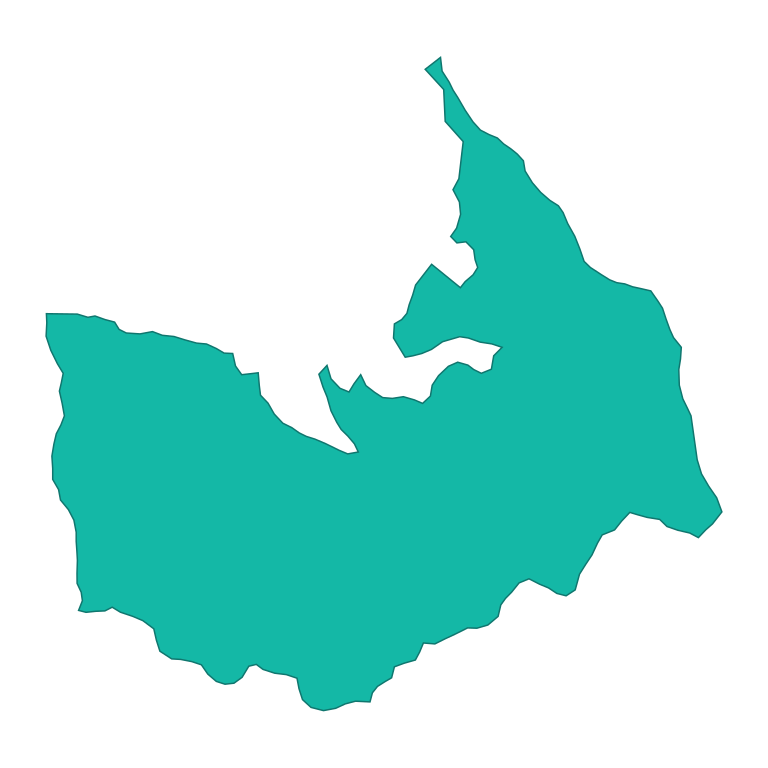 outline of Presidente Getúlio, Santa Catarina, Brazil
{"feature_id": "56859067B44549542667052", "entity_name": "Presidente Getúlio", "entity_type": "district", "adm_level": 2, "iso_a3": "BRA", "parent_name": "Brazil", "parent_adm1": "Santa Catarina", "projection": "robinson", "projection_center": [-49.714, -27.036], "detail": "fine", "context": "isolated", "style": "filled", "palette": "teal", "viewbox_px": 768, "rotation_deg": 0, "n_neighbors": 0, "source": "geoboundaries", "source_scale": "gbopen_adm2", "svg_char_len": 3186}
<svg xmlns="http://www.w3.org/2000/svg" viewBox="0 0 768 768"><path d="M50.8,350.3L57.4,363.7L63.2,373.3L61.3,382.9L59.4,391.1L62.1,403.1L64.4,415.9L60.9,425.0L56.3,433.8L53.9,444.1L51.9,456.1L52.7,468.6L52.7,479.4L58.6,489.6L60.5,500.0L68.4,509.6L73.9,520.1L76.2,532.2L76.2,541.3L76.9,551.3L77.4,560.4L77.0,573.3L77.1,583.4L81.2,592.2L82.4,600.7L78.6,610.4L86.0,612.3L95.7,611.3L104.9,610.9L112.2,607.2L120.4,612.2L132.6,616.3L142.8,620.6L153.8,628.8L156.4,640.2L159.9,651.2L171.7,658.9L180.6,659.4L191.8,661.6L201.4,664.8L207.8,674.1L216.3,681.4L225.0,684.2L234.0,683.2L242.1,677.3L248.8,666.2L256.3,664.4L263.0,669.4L274.7,673.2L286.3,674.6L297.0,678.2L299.0,688.7L302.5,699.6L311.0,707.4L323.5,710.6L335.7,708.3L345.2,703.9L355.5,701.2L370.0,701.9L372.4,692.8L377.5,686.4L384.9,681.7L391.6,677.8L394.4,666.8L404.2,663.2L415.4,660.0L419.7,651.9L423.4,643.0L434.9,643.9L445.3,638.7L455.8,633.8L467.6,627.9L476.9,628.2L487.9,625.0L498.1,616.4L500.8,604.9L505.5,598.4L511.6,592.2L519.1,582.9L529.0,578.8L539.8,584.3L548.5,587.9L556.8,593.4L566.1,595.8L575.2,589.9L579.5,574.2L585.6,564.5L592.0,554.9L597.5,543.1L602.2,534.9L614.6,529.9L621.7,521.0L629.8,512.4L637.8,514.8L647.2,517.4L659.7,519.4L667.0,526.5L678.0,530.3L689.7,533.0L698.4,537.6L705.9,529.7L712.5,523.9L721.9,511.9L716.7,497.8L708.7,486.2L701.5,473.9L697.2,459.8L691.0,415.8L687.5,408.4L682.8,398.8L679.3,385.2L678.8,369.6L680.5,359.0L681.3,347.3L673.5,337.6L669.8,329.4L666.0,318.9L662.5,308.2L658.1,301.4L650.8,290.9L640.9,288.6L632.6,286.8L624.8,283.9L616.8,282.7L609.6,279.8L601.1,274.5L590.4,267.5L584.1,261.4L579.9,249.1L574.8,236.3L567.7,223.6L563.1,212.6L558.4,205.8L549.8,200.3L540.7,192.4L532.4,182.8L525.1,171.0L523.4,160.8L517.3,154.1L510.9,148.9L503.6,143.9L497.4,138.0L489.1,134.6L480.4,130.1L473.0,121.9L465.2,110.3L457.9,97.7L453.1,90.2L449.2,82.2L442.1,71.1L440.5,57.4L425.2,69.3L443.7,89.5L445.2,121.4L463.2,141.6L458.9,178.7L453.0,189.7L459.4,202.0L460.6,214.3L456.6,228.1L450.7,236.5L456.9,242.9L465.9,241.8L473.7,249.7L475.1,259.7L477.7,267.5L473.1,274.8L465.2,281.6L460.4,287.7L431.6,264.3L415.6,285.0L412.7,295.0L409.2,304.6L406.9,313.4L401.7,319.6L394.4,323.9L393.5,338.0L399.9,348.5L405.2,357.2L412.9,355.8L421.8,353.5L431.5,349.4L442.6,341.7L452.2,338.9L459.7,336.7L468.4,338.0L480.1,342.1L491.8,343.9L502.1,347.3L493.7,355.8L491.4,369.2L481.3,373.3L473.8,369.6L467.9,365.1L457.7,362.2L448.4,366.3L438.6,375.6L432.2,385.2L430.4,396.1L422.6,403.4L414.4,399.9L403.4,396.7L392.4,398.4L382.7,397.6L374.7,392.4L365.9,385.6L360.7,374.7L354.0,383.8L349.0,392.0L340.0,388.3L331.0,378.8L327.0,365.4L318.9,374.2L323.0,387.0L327.1,397.0L331.0,410.8L336.8,422.4L341.2,429.5L347.9,436.1L354.4,443.8L358.3,452.0L347.7,453.9L338.9,450.2L325.9,443.8L314.9,439.1L306.3,436.4L299.2,432.9L291.9,427.7L282.8,423.2L274.2,414.0L268.0,403.1L260.5,395.2L259.3,385.6L258.2,372.8L250.7,373.7L241.7,374.7L235.5,366.0L232.7,353.5L224.1,353.1L216.3,348.5L206.5,344.0L196.6,343.1L185.0,339.9L174.0,336.5L162.3,335.3L152.5,331.6L140.0,333.9L126.3,333.0L119.1,329.4L114.6,322.1L105.1,319.6L95.0,316.0L87.9,317.3L77.3,314.1L46.4,313.7L46.8,322.8L46.1,336.2L50.8,350.3Z" fill="#14b8a6" stroke="#0f766e" stroke-width="1.5"/></svg>